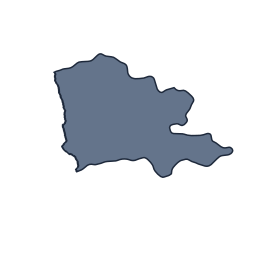 Paraiso, Barahona, Dominican Republic (Mercator projection), rotated 134°
{"feature_id": "3306468B48518984773258", "entity_name": "Paraiso", "entity_type": "district", "adm_level": 2, "iso_a3": "DOM", "parent_name": "Dominican Republic", "parent_adm1": "Barahona", "projection": "mercator", "projection_center": [-71.185, 18.039], "detail": "fine", "context": "isolated", "style": "filled", "palette": "slate", "viewbox_px": 256, "rotation_deg": 134, "n_neighbors": 0, "source": "geoboundaries", "source_scale": "gbopen_adm2", "svg_char_len": 5965}
<svg xmlns="http://www.w3.org/2000/svg" viewBox="0 0 256 256"><g transform="rotate(134 128 128)"><path d="M139.2,219.8L139.2,218.5L139.5,218.5L139.5,217.8L139.8,217.8L139.8,217.5L140.1,217.5L140.1,217.2L140.7,217.2L140.7,216.9L141.3,216.9L141.3,216.6L141.6,216.6L141.6,216.3L141.9,216.3L141.9,216.0L142.2,216.0L142.2,215.7L142.4,215.7L142.4,215.1L142.7,215.1L142.7,214.7L143.0,214.7L143.0,214.4L143.3,214.4L143.3,214.1L143.9,214.1L143.9,213.8L144.2,213.8L144.2,213.5L144.5,213.5L144.5,213.2L144.8,213.2L144.8,212.3L145.1,212.3L145.1,211.3L145.4,211.3L145.4,210.7L145.7,210.7L145.7,208.8L146.0,208.8L146.0,207.9L146.3,207.9L146.3,207.3L146.6,207.3L146.6,206.7L146.9,206.7L146.9,206.0L147.2,206.0L147.2,205.7L147.5,205.7L147.5,205.4L147.8,205.4L147.8,204.8L148.1,204.8L148.1,204.5L148.4,204.5L148.4,204.2L148.7,204.2L148.7,203.9L148.9,203.9L148.9,203.6L149.2,203.6L149.2,203.3L149.5,203.3L149.5,202.9L149.8,202.9L149.8,202.6L150.1,202.6L150.1,202.3L150.4,202.3L150.4,202.0L150.7,202.0L150.7,201.1L151.0,201.1L151.0,200.1L151.3,200.1L151.3,199.2L151.6,199.2L151.6,198.9L151.9,198.9L151.9,198.6L152.2,198.6L152.2,198.0L152.5,198.0L152.5,197.7L152.8,197.7L152.8,197.0L153.1,197.0L153.1,195.8L153.4,195.8L153.4,194.9L153.7,194.9L153.7,194.2L154.0,194.2L154.0,193.9L154.3,193.9L154.3,193.3L154.6,193.3L154.6,193.0L154.9,193.0L154.9,192.4L155.2,192.4L155.2,191.8L155.4,191.8L155.4,191.4L156.0,191.4L156.0,190.8L156.3,190.8L156.3,190.2L156.6,190.2L156.6,189.9L156.9,189.9L156.9,189.3L157.2,189.3L157.2,189.0L157.8,189.0L157.8,188.7L158.1,188.7L158.1,188.0L158.4,188.0L158.4,187.1L158.7,187.1L158.7,186.2L159.0,186.2L159.0,185.2L159.3,185.2L159.3,184.9L159.9,184.9L159.9,184.6L160.5,184.6L160.5,184.3L161.1,184.3L161.1,184.0L161.4,184.0L161.4,183.7L161.7,183.7L161.7,183.4L162.2,183.4L162.2,183.1L162.5,183.1L162.5,182.7L162.8,182.7L162.8,182.1L163.1,182.1L163.1,181.8L163.4,181.8L163.4,181.5L163.7,181.5L163.7,181.2L164.3,181.2L164.3,180.6L164.6,180.6L164.6,180.0L164.9,180.0L164.9,179.6L165.5,179.6L165.5,178.7L165.8,178.7L165.8,178.1L166.1,178.1L166.1,177.8L166.4,177.8L166.4,177.5L167.0,177.5L167.0,177.2L167.9,177.2L167.9,176.8L168.4,176.8L168.4,176.5L169.9,176.5L169.9,176.8L170.8,176.8L170.8,177.2L171.1,177.2L171.1,176.8L171.4,176.8L171.4,176.5L171.7,176.5L171.7,176.2L172.0,176.2L172.0,175.9L172.3,175.9L172.3,175.6L172.6,175.6L172.6,175.0L172.9,175.0L172.9,174.1L173.2,174.1L173.2,173.7L173.5,173.7L173.5,173.1L173.8,173.1L173.8,172.8L174.1,172.8L174.1,172.2L174.4,172.2L174.4,171.9L174.7,171.9L174.7,171.3L174.9,171.3L174.9,170.9L175.2,170.9L175.2,170.3L175.5,170.3L175.5,170.0L175.8,170.0L175.8,169.4L176.1,169.4L176.1,169.1L176.4,169.1L176.4,168.5L177.0,168.5L177.0,168.1L177.3,168.1L177.3,167.5L177.6,167.5L177.6,166.9L177.9,166.9L177.9,166.6L178.2,166.6L178.2,166.0L178.5,166.0L178.5,165.4L178.8,165.4L178.8,165.0L179.1,165.0L179.1,164.4L179.4,164.4L179.4,163.8L179.7,163.8L179.7,163.5L180.0,163.5L180.0,163.2L180.6,163.2L180.6,162.9L181.7,162.9L181.7,163.2L184.1,163.2L184.1,162.9L184.7,162.9L184.7,162.6L185.0,162.6L185.0,162.9L186.8,162.9L186.8,162.6L187.1,162.6L187.1,162.2L187.4,162.2L187.4,161.3L187.7,161.3L187.7,160.4L187.9,160.4L187.9,159.4L188.2,159.4L188.2,156.7L187.9,156.7L187.9,156.0L187.7,156.0L187.7,152.0L187.1,152.0L187.1,151.4L186.5,151.4L186.5,150.4L186.2,150.4L186.2,150.1L185.9,150.1L185.9,149.8L186.2,149.8L186.2,148.9L185.9,148.9L185.9,147.3L185.6,147.3L185.6,147.0L185.3,147.0L185.3,145.8L185.6,145.8L185.6,145.5L185.9,145.5L185.9,144.8L186.2,144.8L186.2,143.9L186.5,143.9L186.5,143.3L186.8,143.3L186.8,143.0L186.5,143.0L186.5,142.7L186.8,142.7L186.8,141.7L187.1,141.7L187.1,140.5L187.4,140.5L187.4,140.2L188.2,140.2L188.2,139.3L188.8,139.3L188.8,138.6L189.1,138.6L189.1,138.3L189.4,138.3L189.4,137.7L189.7,137.7L189.7,137.4L190.3,137.4L190.3,137.1L190.6,137.1L190.6,136.8L193.9,136.8L193.9,136.5L194.2,136.5L194.2,135.5L194.7,135.5L194.7,135.2L195.0,135.2L195.1,134.5L190.5,132.4L188.3,131.9L183.1,131.3L181.1,130.5L179.5,129.2L177.7,126.7L176.8,125.8L172.3,123.0L168.4,121.1L166.5,119.7L160.2,114.0L158.9,113.2L156.3,111.9L154.4,110.6L152.7,109.0L151.2,107.2L150.4,105.9L149.1,103.3L148.3,102.2L147.3,101.2L146.2,100.4L142.4,98.6L139.0,96.6L138.0,95.8L137.4,94.6L137.0,93.2L136.9,91.0L137.0,88.0L137.5,85.0L138.0,83.6L139.6,80.6L140.2,78.4L140.5,74.6L140.2,70.9L139.4,69.0L138.4,68.1L134.3,65.9L133.0,65.4L130.8,65.0L128.0,67.1L126.6,67.7L125.0,68.1L121.7,68.3L118.4,68.2L115.9,67.8L114.5,67.3L110.5,64.9L109.6,64.0L109.2,63.5L108.7,62.2L107.8,58.9L106.0,55.2L105.0,52.4L101.9,46.2L101.0,45.0L100.0,44.1L98.8,43.4L96.5,42.8L88.4,42.6L85.1,42.3L83.6,41.8L82.3,41.0L78.1,37.6L76.8,36.8L74.8,36.2L73.4,36.2L72.1,36.6L71.5,37.0L70.8,38.2L70.7,39.5L70.9,40.8L71.6,41.9L74.5,44.0L75.4,44.9L76.2,46.1L76.9,48.2L77.6,54.2L78.6,57.8L78.6,58.4L78.2,59.6L75.6,63.3L75.3,64.5L75.7,65.7L76.4,66.7L77.4,67.4L80.4,69.0L83.0,70.8L85.9,73.6L89.4,77.1L91.8,80.2L93.5,83.4L94.4,84.8L100.3,91.3L101.0,92.6L101.1,93.3L101.0,94.5L100.5,95.7L99.0,98.2L97.9,98.9L97.2,99.1L95.9,99.0L94.1,98.1L91.1,95.9L90.3,94.9L89.1,91.5L88.2,90.6L86.3,89.9L83.5,89.9L82.2,90.2L81.1,90.9L80.5,91.9L79.5,94.6L79.1,95.1L78.0,95.7L76.8,96.1L72.4,96.6L71.0,96.9L67.2,98.5L63.3,99.5L62.2,100.2L61.8,100.8L61.2,102.1L60.9,104.4L61.0,109.2L61.4,112.3L62.3,114.2L65.1,116.5L66.3,118.0L67.0,120.0L67.0,122.9L73.6,126.7L74.9,127.2L77.5,127.8L78.7,128.2L79.2,128.7L79.9,129.8L80.1,131.9L79.7,134.0L74.7,143.0L74.3,144.3L74.4,145.8L74.8,147.1L76.2,148.7L77.3,149.4L81.1,151.3L84.7,154.3L87.5,157.0L88.4,158.3L89.4,160.3L89.6,161.8L89.6,163.3L89.0,165.5L88.3,166.7L85.6,169.9L84.5,171.6L84.0,172.9L84.0,174.3L84.3,175.6L85.8,179.3L86.7,185.3L87.2,187.5L88.4,189.5L91.6,193.8L92.2,195.2L92.9,197.7L93.4,198.9L94.4,199.8L95.6,200.3L97.7,200.5L102.9,200.7L105.1,201.2L106.5,202.0L107.7,202.9L112.2,207.1L114.6,209.0L116.7,209.7L121.9,210.3L124.1,210.9L126.1,212.0L129.8,215.0L131.0,215.8L133.7,217.0L137.3,219.1L139.2,219.8Z" fill="#64748b" stroke="#1e293b" stroke-width="1.5"/></g></svg>